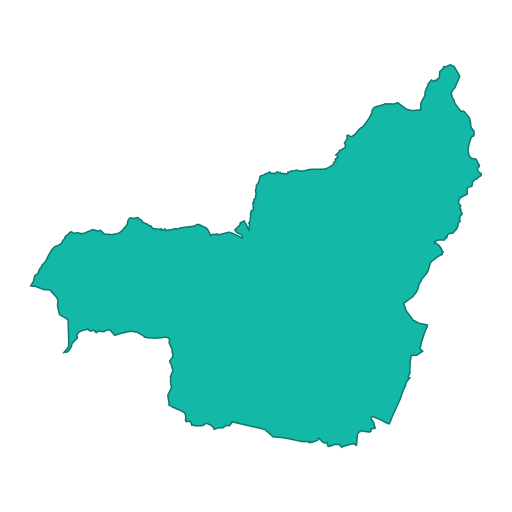 outline of Tarsolt, Satu Mare, Romania
{"feature_id": "2599482B11376721616629", "entity_name": "Tarsolt", "entity_type": "district", "adm_level": 2, "iso_a3": "ROU", "parent_name": "Romania", "parent_adm1": "Satu Mare", "projection": "mercator", "projection_center": [23.323, 47.964], "detail": "fine", "context": "isolated", "style": "filled", "palette": "teal", "viewbox_px": 512, "rotation_deg": 0, "n_neighbors": 0, "source": "geoboundaries", "source_scale": "gbopen_adm2", "svg_char_len": 6037}
<svg xmlns="http://www.w3.org/2000/svg" viewBox="0 0 512 512"><path d="M453.9,66.1L452.8,66.3L451.4,65.1L450.4,64.7L444.8,67.2L444.1,66.5L443.4,67.2L443.1,68.6L439.7,71.7L439.4,77.0L438.7,78.3L437.2,79.1L435.9,80.9L434.9,80.3L433.5,81.4L431.5,80.0L428.6,83.3L425.0,92.2L425.0,94.9L424.5,96.3L421.7,101.4L420.6,104.1L420.9,109.7L412.7,110.7L406.4,109.2L397.8,102.7L393.8,104.0L384.9,103.8L383.8,104.5L374.9,107.1L373.3,108.4L372.2,110.4L371.5,113.9L368.6,119.0L363.1,126.6L360.3,128.3L358.6,129.9L355.2,134.2L351.8,136.5L350.5,136.6L347.9,135.1L347.0,135.6L347.2,137.9L347.0,138.9L344.5,142.9L344.5,143.4L345.5,144.7L345.1,147.4L341.4,149.9L339.4,150.4L339.3,151.7L335.9,154.9L336.9,155.0L337.9,156.9L335.2,159.3L335.9,160.5L333.6,162.7L333.5,164.4L330.1,166.7L327.5,168.1L324.0,169.2L311.8,169.3L308.1,169.7L304.1,170.9L300.0,171.1L296.4,170.0L293.3,171.1L291.3,170.7L290.7,171.7L287.9,172.1L288.0,173.0L287.8,173.4L285.9,174.1L284.7,173.5L283.3,173.9L282.6,173.3L281.8,173.8L280.8,173.3L280.3,172.6L279.6,173.0L277.8,171.9L276.5,172.1L275.1,173.9L273.2,173.2L271.5,173.6L270.6,172.8L269.5,172.6L269.7,172.1L269.4,171.9L268.4,173.0L264.9,174.1L264.0,175.0L260.4,176.0L260.0,176.6L259.1,180.9L257.5,184.1L256.2,185.8L256.4,186.9L255.5,190.8L256.1,193.7L255.5,196.2L255.8,197.9L255.6,198.3L254.0,199.2L253.9,200.4L254.4,201.8L253.2,202.0L252.8,203.5L253.5,206.2L253.0,207.2L253.4,208.0L253.3,210.1L252.0,210.2L251.1,211.1L250.5,214.1L250.8,216.1L250.4,217.1L250.2,221.0L249.7,222.0L248.7,223.0L249.2,223.6L249.6,225.3L249.1,226.8L248.9,229.9L247.7,228.3L246.5,224.9L245.2,222.9L244.3,220.9L240.1,223.0L240.4,224.0L239.9,224.9L234.8,230.0L236.7,232.5L242.2,235.2L242.1,238.0L232.8,233.4L229.0,232.2L217.8,235.0L217.3,233.9L214.5,234.5L212.5,234.3L210.7,235.7L208.0,230.1L206.3,228.0L198.8,224.4L197.1,224.5L194.1,226.2L182.9,227.5L179.7,228.1L178.1,229.1L177.3,229.2L176.4,228.6L173.9,228.8L172.9,229.4L165.8,230.4L165.2,229.0L161.7,230.3L161.2,228.8L159.2,229.3L152.7,228.5L150.8,225.8L149.6,225.9L147.4,224.2L142.9,222.4L141.5,220.2L139.3,219.3L138.9,218.4L137.7,217.5L134.0,218.4L130.2,217.9L129.6,218.2L128.0,220.4L127.5,223.3L126.4,225.8L124.1,228.0L122.3,230.5L119.1,233.0L115.1,234.1L113.9,234.0L112.5,234.7L106.4,234.1L104.9,234.5L100.5,230.3L97.8,231.0L93.9,229.8L91.6,229.8L90.5,230.7L87.0,231.9L86.1,232.8L81.4,233.7L77.6,232.7L75.3,233.2L73.7,233.1L71.3,231.8L69.9,232.3L68.0,234.5L65.5,236.2L64.7,238.4L64.0,239.5L63.0,240.1L61.6,243.2L59.3,244.9L54.7,246.8L51.7,249.9L48.6,255.3L47.4,257.5L47.0,259.0L46.2,259.9L45.7,261.2L41.9,265.4L41.1,267.4L39.3,269.4L38.0,273.4L34.8,275.6L33.6,281.0L30.7,285.9L35.5,286.4L43.9,289.6L49.3,289.9L51.2,291.0L51.8,292.2L56.9,297.7L57.9,300.4L57.5,305.8L59.3,314.0L60.5,315.3L66.0,318.2L68.1,320.3L68.7,340.1L68.5,347.0L63.9,352.5L67.0,352.0L67.9,351.5L69.6,349.6L71.4,346.5L72.0,343.6L77.5,337.7L76.9,335.2L77.5,333.6L78.2,332.8L81.1,330.9L87.9,329.0L88.2,329.9L90.5,331.0L91.5,331.1L92.6,330.2L94.0,330.1L95.3,332.0L96.5,332.6L98.7,331.0L101.6,331.6L104.3,331.6L105.2,330.6L109.6,329.8L110.3,330.1L111.4,331.7L114.8,335.3L121.4,333.2L130.7,331.2L137.5,332.3L144.9,336.7L144.6,337.0L146.7,337.6L154.8,338.2L162.0,337.7L164.5,337.0L168.8,337.9L169.4,339.1L169.2,343.2L171.9,349.0L172.1,352.2L173.0,354.9L172.5,357.2L169.7,361.0L169.9,362.5L171.0,364.0L172.9,370.8L171.4,374.0L171.2,375.1L170.3,376.4L170.7,376.8L170.5,380.9L171.0,385.8L171.6,386.8L171.3,388.1L167.8,395.1L168.4,400.0L168.8,401.0L169.1,405.4L171.1,405.9L172.8,407.4L175.5,408.1L176.3,409.0L178.1,409.3L184.1,412.4L185.2,414.3L185.8,416.0L185.5,420.7L186.5,421.8L189.1,421.0L190.4,422.1L191.4,423.4L191.7,425.2L194.0,425.1L194.2,425.6L195.1,425.8L201.9,425.7L203.1,425.5L205.3,423.8L206.6,423.4L208.1,423.8L208.9,424.5L210.7,424.9L213.7,427.8L214.2,429.3L218.4,427.9L222.9,427.8L225.8,425.7L227.0,425.4L229.3,425.8L231.5,423.2L232.1,421.9L264.8,429.4L273.2,436.9L281.6,437.5L288.7,438.7L302.2,441.6L309.6,441.6L309.3,442.6L312.4,442.3L317.8,440.1L317.9,438.4L318.9,438.3L323.3,442.6L324.7,443.0L326.7,442.4L328.2,446.5L331.6,445.7L334.3,444.5L339.2,444.5L341.8,447.3L343.4,446.4L349.6,444.5L354.8,443.6L355.0,444.3L355.7,444.1L356.0,445.4L356.5,445.3L357.4,434.3L358.8,432.3L360.2,431.7L361.0,430.5L363.2,431.3L369.7,432.1L371.1,431.0L370.8,429.0L371.1,428.8L374.4,428.5L375.2,428.0L374.5,426.2L373.7,422.5L371.4,419.3L371.2,418.1L372.1,416.3L382.4,420.6L384.8,422.2L389.0,423.9L390.2,422.0L392.4,416.1L400.1,399.3L403.5,389.6L405.5,386.0L405.7,383.7L406.9,381.4L409.8,377.8L408.2,377.6L408.5,375.6L409.5,374.4L410.0,371.7L409.8,369.6L410.3,361.2L411.2,355.5L416.8,355.2L422.7,351.2L419.8,348.6L420.8,345.6L421.3,342.7L424.9,331.7L427.2,326.6L427.4,324.9L419.5,323.4L413.0,320.1L406.0,310.5L405.1,307.2L403.5,303.5L412.9,296.5L416.6,291.8L417.8,289.2L419.3,283.5L420.5,282.1L421.9,279.0L427.3,272.5L427.3,271.7L428.1,270.7L430.3,263.3L431.4,261.5L438.5,256.2L442.3,254.4L441.9,253.4L443.2,251.9L442.0,251.2L441.7,249.3L439.3,245.7L436.0,243.1L434.5,243.1L434.4,242.0L436.8,240.5L439.6,239.9L444.1,240.1L444.8,239.6L445.0,238.3L445.6,237.0L446.6,238.0L447.8,234.4L449.1,233.6L452.9,233.1L456.8,228.7L458.2,225.3L457.7,223.7L460.2,221.1L459.4,218.2L459.7,217.4L460.2,217.1L460.1,215.8L462.0,214.5L462.0,213.2L460.7,210.7L460.9,209.6L459.9,208.4L460.0,207.4L460.6,206.5L460.6,205.5L458.9,203.9L458.7,203.3L458.7,201.3L459.1,199.7L460.4,197.6L462.2,196.9L463.6,195.7L465.6,195.2L467.3,193.9L467.1,189.6L467.6,187.8L469.0,187.0L471.7,186.3L472.1,185.4L472.5,182.1L475.0,179.6L476.8,178.9L478.1,177.5L480.8,175.8L481.3,175.0L481.1,173.5L478.7,172.0L477.7,170.2L477.5,168.3L479.3,166.4L479.5,165.5L478.0,163.2L476.3,159.5L475.0,158.8L471.8,158.4L470.8,157.9L469.1,155.4L468.3,152.7L468.0,149.3L469.3,143.0L471.1,137.8L471.7,137.0L473.8,135.8L474.2,132.9L473.9,130.9L471.6,128.1L470.7,125.8L470.5,122.6L469.6,118.2L464.3,111.7L463.1,111.1L461.1,111.3L460.6,111.0L454.9,103.5L454.0,100.3L452.0,96.8L451.8,95.2L451.4,94.7L451.5,92.5L453.6,88.9L454.8,88.0L459.8,76.2L453.9,66.1Z" fill="#14b8a6" stroke="#0f766e" stroke-width="1.5"/></svg>